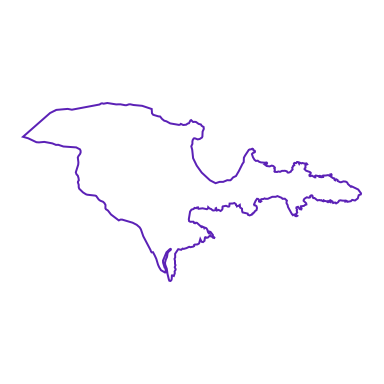 outline of Village, Saint Lucia
{"feature_id": "8701671B40321186165087", "entity_name": "Village", "entity_type": "district", "adm_level": 2, "iso_a3": "LCA", "parent_name": "Saint Lucia", "parent_adm1": "", "projection": "albers", "projection_center": [-60.893, 13.818], "detail": "fine", "context": "isolated", "style": "outline", "palette": "violet", "viewbox_px": 384, "rotation_deg": 0, "n_neighbors": 0, "source": "geoboundaries", "source_scale": "gbopen_adm2", "svg_char_len": 6076}
<svg xmlns="http://www.w3.org/2000/svg" viewBox="0 0 384 384"><path d="M118.8,220.4L120.5,219.6L122.1,219.6L132.6,222.7L136.7,224.8L139.7,227.4L140.9,229.4L143.3,236.3L150.4,249.8L151.3,252.2L150.9,252.4L153.0,252.2L154.7,255.4L156.3,258.9L158.0,264.6L159.2,267.3L161.0,270.2L165.0,272.5L165.6,272.4L165.7,270.0L165.4,268.3L164.6,267.6L163.1,262.7L163.0,260.6L166.5,252.3L169.8,249.2L170.5,248.9L170.9,249.2L170.6,250.0L168.7,251.5L167.6,253.1L167.0,256.9L165.8,259.6L165.0,262.7L165.2,264.6L166.8,268.9L167.5,273.9L168.8,279.3L169.3,280.7L170.3,281.0L171.2,280.4L171.7,279.1L171.9,275.5L172.1,275.3L173.8,276.0L174.8,273.2L174.6,271.4L175.6,269.7L175.6,269.0L174.7,267.2L175.5,265.1L175.0,264.0L175.0,260.9L174.5,258.9L175.2,257.4L175.1,253.8L178.2,249.2L181.2,249.8L182.6,248.6L183.7,248.9L186.5,248.1L189.2,246.8L190.4,247.2L193.2,246.6L194.1,246.1L194.1,245.0L194.7,244.6L197.5,244.4L199.1,243.4L200.3,239.1L201.6,241.8L203.0,242.1L204.5,240.8L204.9,237.8L205.3,237.2L205.8,237.2L206.4,237.8L207.8,237.6L210.3,235.3L211.3,236.6L212.3,236.5L213.0,237.7L214.2,238.0L214.4,237.6L212.8,236.1L212.9,235.0L210.5,231.9L209.5,231.6L209.4,233.3L208.9,233.4L208.0,232.1L207.3,229.6L206.3,228.2L204.5,227.5L204.2,228.0L203.9,227.3L202.2,226.5L202.1,227.1L201.7,227.2L197.0,222.9L196.0,222.7L195.1,223.3L194.0,222.9L193.9,222.2L193.3,221.7L190.3,221.8L189.1,221.1L188.8,219.3L190.1,211.5L191.5,209.6L193.6,209.0L194.5,207.9L196.1,208.2L197.0,207.5L198.0,207.4L198.2,208.6L198.6,208.8L202.6,208.3L206.9,209.2L208.0,208.4L208.2,207.2L209.4,208.4L211.1,209.0L212.6,210.3L213.5,210.5L215.3,210.2L215.8,209.4L215.6,208.4L216.1,208.1L216.9,210.5L218.6,209.9L220.6,211.0L221.8,210.0L222.5,208.9L222.5,206.9L222.8,206.4L226.0,205.8L227.9,206.6L228.9,206.6L229.3,206.2L229.6,203.6L232.8,203.5L234.4,203.0L236.0,204.3L236.0,205.1L236.8,205.7L236.9,206.4L238.4,205.9L239.8,204.9L240.1,207.5L242.0,208.7L242.1,211.0L242.6,212.4L247.7,213.6L248.0,214.8L249.6,215.4L251.9,214.6L252.2,213.8L253.0,213.6L253.3,212.8L254.2,212.5L254.8,211.3L256.5,210.1L257.0,208.0L256.5,206.2L255.3,205.3L254.4,205.3L254.0,204.4L255.6,200.9L257.0,198.8L258.0,198.9L258.7,199.5L259.0,200.0L259.0,201.5L260.3,202.0L261.2,201.3L260.2,200.5L261.3,199.2L263.4,199.0L264.6,198.4L265.5,198.8L267.8,198.8L272.3,196.8L275.7,196.8L277.4,196.1L281.6,197.8L282.5,198.8L284.8,198.7L286.9,200.6L286.5,202.1L286.6,203.4L287.6,205.0L288.0,207.0L291.8,213.9L292.9,215.2L294.1,214.5L294.6,214.8L295.4,216.1L296.7,216.2L297.3,215.8L295.5,214.4L297.2,212.6L296.7,210.6L297.1,209.7L296.3,208.1L296.5,207.3L298.0,206.8L300.0,209.2L301.3,209.4L301.6,208.4L300.9,207.1L300.9,206.3L303.9,205.9L304.7,205.2L306.4,204.5L306.2,203.3L303.6,200.8L303.7,200.0L304.4,198.8L306.7,197.3L308.8,197.7L309.9,197.5L310.3,196.8L310.1,196.2L311.2,195.3L311.9,195.3L312.5,195.9L312.8,197.4L313.3,198.1L314.5,198.0L317.5,200.4L319.3,200.0L320.3,200.4L321.1,200.1L322.4,201.0L323.6,201.3L323.9,201.0L323.4,200.4L323.6,200.2L324.8,201.0L326.1,201.1L328.0,202.2L328.3,202.0L328.3,201.3L330.7,202.3L331.0,201.6L329.8,200.5L330.3,200.2L332.5,201.5L333.1,203.0L335.1,202.5L336.1,203.4L338.1,202.2L339.1,200.7L340.2,200.3L343.1,200.7L345.9,200.6L346.1,200.7L345.3,201.2L345.3,201.6L347.0,201.4L347.5,201.8L350.8,201.2L352.2,199.9L355.0,200.5L357.8,198.4L358.7,195.2L360.8,194.4L361.0,193.3L358.2,189.5L352.2,186.6L351.5,186.3L351.0,186.8L348.0,184.1L347.2,182.5L345.7,181.6L343.4,181.4L341.2,182.2L340.2,182.2L337.7,181.0L337.6,180.1L336.3,179.3L335.5,179.5L335.2,180.3L334.8,180.1L334.4,179.6L334.3,178.4L332.8,178.0L331.2,176.9L331.6,174.7L331.3,174.2L330.3,174.4L330.3,175.6L330.0,176.0L328.1,175.1L325.8,175.5L323.2,175.5L322.8,175.7L323.3,176.4L323.2,177.0L321.3,177.2L319.9,177.0L320.5,176.1L319.9,175.8L318.4,176.1L315.8,175.5L314.6,176.3L315.3,177.0L315.3,177.3L314.7,177.3L312.1,175.7L310.1,176.2L309.5,175.8L309.4,175.0L310.6,173.8L310.7,172.7L309.8,172.0L306.1,170.7L304.5,169.1L304.7,168.4L305.5,167.7L305.4,165.1L307.2,164.3L306.5,163.4L304.9,163.6L302.2,163.0L301.4,163.4L299.8,162.7L299.2,163.8L298.4,162.2L297.5,162.0L297.0,162.0L296.2,163.1L294.5,162.9L293.9,163.5L294.3,165.3L293.2,165.7L293.0,166.6L292.2,167.6L292.6,169.5L292.3,169.9L291.5,170.4L290.8,171.7L288.8,172.6L287.6,172.5L286.8,171.3L285.0,170.8L281.9,170.9L280.1,171.8L278.2,171.5L277.1,172.0L274.7,171.8L274.4,171.3L274.9,170.0L274.3,168.4L274.9,167.9L274.8,167.5L273.4,166.1L271.8,165.6L269.6,166.4L266.7,166.0L264.7,164.5L266.9,163.8L267.1,163.1L266.6,162.5L264.7,162.7L260.9,162.4L259.2,161.8L257.7,160.7L255.9,160.9L254.5,159.8L253.0,157.3L251.9,154.1L252.8,153.1L254.8,152.2L255.0,151.2L254.5,150.6L253.5,150.4L253.1,149.1L252.3,148.7L250.8,149.4L249.8,149.4L248.8,149.9L245.1,155.5L243.9,157.7L243.7,162.1L242.5,163.8L238.9,171.0L236.0,176.0L233.1,177.4L230.9,179.9L230.2,180.3L227.2,180.2L223.1,181.9L219.5,181.9L215.6,183.2L210.0,180.3L201.7,172.6L196.7,165.6L193.1,158.2L192.2,149.7L191.3,146.3L192.4,143.9L192.4,141.5L192.7,140.1L193.7,138.5L194.2,138.3L195.1,138.4L197.7,139.4L199.7,139.0L202.0,137.5L202.4,136.5L202.6,131.6L203.8,128.9L203.6,127.0L201.7,125.8L200.9,124.5L198.6,123.9L196.2,122.1L194.9,121.8L193.1,122.0L191.1,120.1L190.4,120.5L189.0,123.2L187.6,123.6L186.1,124.7L183.2,125.0L180.8,123.9L180.1,124.6L179.0,124.9L170.2,123.4L166.4,121.3L164.2,120.7L162.0,118.9L160.1,116.5L158.5,116.4L153.2,114.8L152.0,113.3L151.7,109.0L142.1,105.8L133.5,105.0L130.3,104.3L129.1,104.3L126.4,105.2L125.1,105.2L120.4,104.3L116.1,104.4L107.3,103.0L103.6,103.7L102.0,103.3L100.7,103.7L99.6,104.5L71.9,109.7L67.7,108.9L56.3,109.9L50.1,113.0L23.0,136.8L28.2,138.3L36.4,142.2L39.0,142.4L44.3,141.9L52.4,143.4L56.0,144.9L58.3,144.8L63.4,146.5L76.2,147.4L80.0,149.4L80.6,150.9L80.6,152.5L80.1,153.9L78.5,156.0L77.8,157.5L78.4,162.4L78.2,164.7L75.8,172.3L76.5,174.3L77.8,175.7L78.5,178.0L78.8,180.3L78.0,181.6L77.9,182.4L78.7,184.8L78.7,187.1L79.2,188.7L83.0,192.4L86.0,194.3L87.2,194.7L95.2,195.6L96.2,196.0L98.7,199.5L100.3,200.7L103.1,201.8L104.5,203.2L105.5,205.0L105.4,208.2L105.9,209.2L107.9,210.5L111.0,214.5L118.8,220.4Z" fill="none" stroke="#5b21b6" stroke-width="2"/></svg>